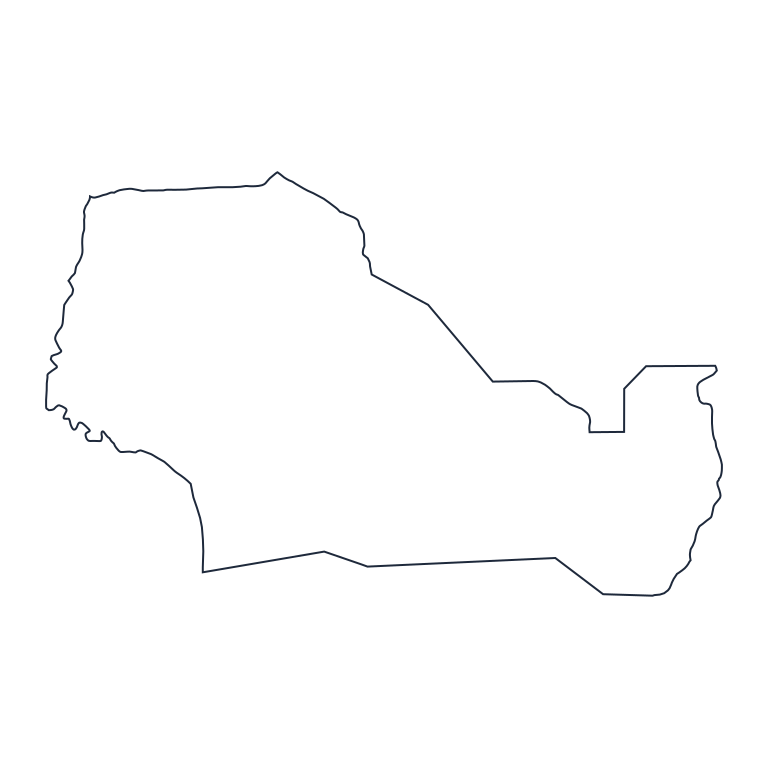 the district of San Jose, La Paz, Honduras
{"feature_id": "27666195B94160628539031", "entity_name": "San Jose", "entity_type": "district", "adm_level": 2, "iso_a3": "HND", "parent_name": "Honduras", "parent_adm1": "La Paz", "projection": "albers", "projection_center": [-87.966, 14.235], "detail": "fine", "context": "isolated", "style": "outline", "palette": "slate", "viewbox_px": 768, "rotation_deg": 0, "n_neighbors": 0, "source": "geoboundaries", "source_scale": "gbopen_adm2", "svg_char_len": 5945}
<svg xmlns="http://www.w3.org/2000/svg" viewBox="0 0 768 768"><path d="M68.5,280.8L69.8,282.6L71.0,284.8L71.9,286.5L73.0,289.0L73.1,289.8L72.8,291.7L72.3,293.6L71.8,294.6L71.3,295.2L70.0,296.6L69.2,297.5L66.2,301.9L64.3,304.8L64.2,305.3L63.8,309.6L62.8,321.8L62.6,323.4L62.2,325.0L61.6,326.5L61.0,327.6L58.9,330.2L57.1,333.0L56.0,335.1L55.4,336.8L55.2,337.8L55.2,338.9L55.3,339.6L55.6,340.5L57.0,343.5L59.1,347.6L59.8,348.7L61.0,350.3L61.2,350.9L61.2,351.2L61.0,351.7L60.4,352.3L59.3,353.0L58.1,353.7L56.8,354.2L53.8,355.1L51.8,356.0L51.6,356.2L50.8,359.1L50.9,359.5L52.0,361.0L54.2,363.6L56.6,365.9L56.8,366.5L56.9,367.0L56.8,367.4L56.4,367.8L52.0,370.8L48.7,373.3L47.8,374.2L47.5,374.9L47.4,375.6L47.5,377.1L46.8,383.3L46.7,390.1L46.1,399.9L46.1,406.3L46.2,407.6L46.3,408.2L46.7,408.7L47.6,409.2L48.6,410.1L50.2,410.1L51.8,409.9L53.0,409.5L53.7,409.2L54.4,408.6L55.6,407.3L56.7,406.4L58.0,405.5L58.9,405.3L59.3,405.3L60.0,405.6L62.1,406.4L63.9,407.4L65.5,408.4L66.0,408.9L66.3,409.4L66.5,410.1L66.5,410.7L66.2,411.5L64.6,414.6L63.8,416.4L63.6,417.4L63.7,418.0L63.8,418.3L64.2,418.6L64.6,418.7L66.5,418.8L68.5,418.7L68.7,418.8L69.0,419.0L69.8,420.9L70.5,424.1L71.2,426.0L71.9,427.5L72.5,428.5L73.3,429.3L73.8,429.6L74.3,429.6L74.9,429.5L75.4,429.2L75.8,428.8L76.8,427.3L77.7,425.0L78.2,423.9L78.7,423.2L79.0,422.9L79.3,422.7L79.8,422.6L80.4,422.6L81.9,423.0L83.3,424.0L85.8,426.2L88.9,429.3L89.4,429.9L89.7,430.6L89.7,430.9L89.4,431.3L87.0,432.6L86.1,433.3L85.8,433.7L85.6,434.4L85.6,435.2L85.7,436.0L86.0,437.1L86.4,438.2L86.8,439.0L87.4,439.7L87.9,440.2L88.5,440.7L89.4,440.9L90.5,441.0L93.5,440.9L99.7,441.1L100.5,441.0L100.8,440.9L101.1,440.5L101.5,439.8L101.7,438.9L101.9,437.8L101.9,436.6L101.5,434.3L101.6,432.7L101.8,432.0L102.2,431.6L102.6,431.4L103.1,431.5L103.8,432.0L106.5,435.6L107.5,436.7L108.1,437.3L109.2,438.0L109.7,438.5L110.8,440.4L111.5,441.3L112.6,442.4L113.9,443.5L115.0,446.0L116.3,447.9L118.6,450.6L119.7,451.5L120.5,451.9L121.0,452.0L123.1,452.0L127.2,451.7L129.5,451.6L130.9,451.8L133.8,452.3L135.2,452.4L135.7,452.4L136.1,452.2L137.2,451.4L138.1,451.0L139.8,450.5L140.7,450.4L143.5,451.3L151.0,454.1L152.5,454.9L157.6,458.0L162.6,460.8L164.3,461.8L168.8,465.7L173.4,470.0L175.1,471.5L176.7,472.7L181.1,475.7L184.3,478.1L187.5,480.8L190.7,483.8L193.4,497.4L197.0,507.9L200.1,518.0L201.9,527.1L202.9,539.4L203.3,551.3L202.8,567.3L202.8,572.3L324.2,551.6L361.4,564.4L367.5,566.6L555.3,558.0L603.1,594.2L652.6,595.7L654.4,595.1L659.8,594.6L664.2,593.2L668.0,590.3L669.6,588.2L671.1,584.8L671.9,582.6L673.7,578.9L677.0,573.9L678.9,572.7L682.1,570.4L684.7,568.3L686.7,566.1L688.2,564.0L689.5,561.6L690.6,560.3L690.1,557.4L689.9,554.9L690.0,553.2L690.6,549.5L691.1,548.5L692.8,545.6L694.6,541.3L695.2,539.0L695.7,536.0L696.1,534.3L697.0,531.4L698.1,528.7L699.2,526.7L699.8,526.0L702.7,523.9L706.6,520.7L709.6,518.5L711.0,517.3L711.5,516.2L712.0,514.3L712.8,510.7L713.4,507.5L713.8,506.1L714.3,505.2L714.9,504.2L717.9,500.6L719.8,498.1L720.2,497.2L720.4,496.3L720.5,495.4L720.2,493.3L719.3,490.0L717.7,485.5L717.4,483.9L717.3,482.6L717.4,481.9L717.6,481.4L718.4,480.5L718.7,480.1L719.0,478.8L720.0,477.6L720.4,477.0L721.1,474.9L721.5,472.9L721.8,470.7L721.9,467.9L721.9,464.7L721.4,462.2L720.7,459.4L718.1,451.8L716.3,447.1L716.1,446.2L715.8,443.7L715.4,441.5L715.1,440.5L714.4,439.4L714.1,438.6L713.6,436.8L713.1,434.7L712.4,429.0L712.0,423.4L712.0,417.0L712.2,411.3L712.1,409.6L711.6,407.4L711.2,406.4L710.7,405.4L710.0,404.7L709.6,404.5L708.8,404.2L707.2,403.8L705.9,403.6L704.2,403.7L702.9,403.4L702.1,403.0L701.3,402.5L700.7,401.9L700.0,401.2L699.3,399.9L699.2,399.2L699.0,397.7L698.3,396.4L698.0,395.4L697.5,391.3L697.3,388.4L697.3,386.5L697.7,385.0L698.3,383.8L699.4,382.5L700.4,381.7L703.3,379.8L712.7,374.9L713.5,374.3L714.1,373.7L716.7,370.7L716.8,370.5L716.7,370.2L716.3,368.3L715.8,367.0L715.2,365.8L646.1,366.2L624.2,388.8L624.1,431.9L589.6,432.2L589.4,429.6L589.3,427.7L589.5,425.4L590.1,422.2L590.1,421.1L590.0,419.9L589.6,417.9L589.0,415.9L588.2,414.6L587.0,413.1L584.2,410.7L582.1,409.1L581.4,408.6L578.0,407.3L571.8,405.0L570.1,404.2L569.1,403.6L566.9,402.0L558.3,395.1L557.7,394.8L556.4,394.4L555.0,393.5L553.0,391.7L549.9,388.5L547.4,386.5L545.1,384.8L540.9,382.5L539.3,381.9L537.7,381.4L535.5,381.1L533.2,381.0L492.8,381.6L428.1,304.8L371.7,274.5L370.1,266.6L370.0,265.5L369.9,263.5L369.5,261.9L368.5,259.8L367.8,258.3L363.5,254.9L363.2,254.5L363.0,254.1L362.8,252.3L363.1,250.1L363.4,248.6L364.2,246.6L364.4,245.7L363.9,234.3L363.5,232.9L362.9,231.5L362.5,230.7L361.0,228.5L359.7,225.8L359.1,224.1L358.7,222.3L358.3,221.2L357.8,220.3L357.0,219.4L355.6,218.4L353.8,217.4L346.1,214.2L342.8,212.5L341.7,212.2L341.4,212.3L341.0,212.2L340.4,212.0L339.8,211.6L337.5,209.1L335.7,207.6L329.6,203.0L323.8,198.8L313.3,193.2L307.7,190.7L303.6,188.5L298.0,185.2L296.1,184.1L292.8,181.9L291.8,181.4L289.2,180.4L286.8,179.1L284.2,177.5L280.4,174.4L277.5,172.3L277.2,172.4L275.7,173.4L269.8,178.3L267.3,181.1L265.7,183.0L264.8,183.8L263.7,184.5L262.0,185.2L260.6,185.5L258.7,185.9L255.3,186.2L252.0,186.3L249.5,186.2L246.8,186.0L245.7,186.0L240.6,186.7L232.6,187.2L218.0,187.2L202.2,188.3L197.1,188.5L191.0,189.1L186.0,189.6L174.7,189.8L167.4,189.7L165.6,189.9L163.8,190.3L163.1,190.4L147.7,190.5L146.2,190.6L143.4,191.0L141.7,190.8L138.6,190.1L132.1,188.9L130.9,188.8L129.2,188.8L124.0,189.4L119.6,190.2L117.4,191.0L115.7,191.8L114.2,192.7L111.9,192.5L110.6,192.7L109.5,193.1L106.5,194.3L103.1,195.1L99.1,196.5L95.3,197.5L94.3,197.6L93.1,197.5L91.6,197.1L90.0,196.4L90.0,197.1L89.9,198.0L89.4,199.9L87.7,203.2L87.1,204.3L86.0,205.8L85.7,206.4L84.5,209.5L84.0,211.4L84.0,212.5L84.4,214.4L84.6,215.9L84.5,217.3L84.1,219.7L84.2,224.5L84.2,228.7L84.0,230.4L83.2,232.9L82.8,234.5L82.3,238.8L82.2,243.1L82.5,249.9L82.4,252.3L82.1,254.1L81.2,257.0L79.6,260.7L78.8,262.1L77.1,264.7L76.1,266.7L75.9,267.6L75.2,271.7L74.9,273.1L73.7,274.6L71.7,276.5L69.5,279.5L68.5,280.8Z" fill="none" stroke="#1e293b" stroke-width="2"/></svg>